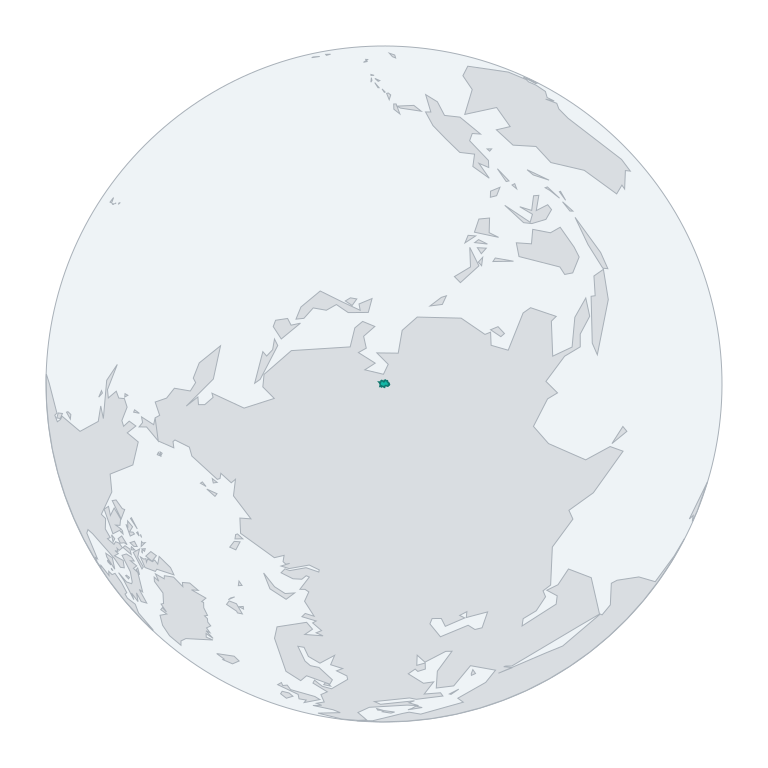 globe centered on Beijing, rotated 228°
{"feature_id": "CHN-1155", "entity_name": "Beijing", "entity_type": "Municipality", "adm_level": 1, "iso_a3": "CHN", "parent_name": "China", "parent_adm1": "", "projection": "orthographic", "projection_center": [116.383, 40.244], "detail": "medium", "context": "on_globe", "style": "filled", "palette": "teal", "viewbox_px": 768, "rotation_deg": 228, "n_neighbors": 0, "source": "natural_earth", "source_scale": "10m", "svg_char_len": 13064}
<svg xmlns="http://www.w3.org/2000/svg" viewBox="0 0 768 768"><g transform="rotate(228 384 384)"><circle cx="384" cy="384" r="338" fill="#eef3f6" stroke="#a8b0b8"/><path d="M674.9,548.6L674.5,550.0L674.2,550.5L674.9,548.6ZM614.9,137.3L617.3,139.7L608.9,135.9L581.2,121.4L581.1,118.5L574.5,116.0L574.1,119.9L575.5,123.2L552.2,126.4L547.4,146.6L557.2,158.8L546.1,152.3L572.3,180.4L577.0,198.9L564.8,174.7L558.1,169.8L557.8,180.2L551.0,177.5L546.9,181.3L538.7,177.6L532.2,164.7L526.8,162.2L526.9,169.8L518.8,171.5L519.5,160.5L505.4,162.6L491.9,143.2L500.3,120.2L485.9,109.5L476.3,86.8L470.3,87.1L462.8,79.9L453.1,77.8L454.1,75.0L445.5,76.0L446.4,79.0L443.0,80.7L437.3,80.0L437.6,75.9L440.5,75.7L437.6,74.2L440.2,72.6L435.7,73.1L436.7,68.8L427.4,72.1L421.2,68.0L424.1,65.5L434.7,66.9L467.7,67.3L473.9,66.6L472.1,63.4L445.8,54.1L448.1,53.5L443.4,51.7L437.1,51.0L438.6,52.3L425.7,51.5L429.0,54.1L424.3,54.4L423.3,57.4L411.7,55.9L401.0,53.2L401.2,51.0L396.5,50.0L386.8,51.8L378.1,48.4L356.4,47.9L355.4,47.7L370.5,46.4L394.5,46.3L397.6,46.4L421.6,48.2L445.4,51.7L468.9,56.9L491.9,63.8L514.5,72.3L536.3,82.3L557.4,93.9L577.6,107.0L596.8,121.5L614.9,137.3ZM703.5,307.8L700.8,302.7L702.5,302.1L703.5,307.8ZM699.0,302.2L700.0,303.3L699.2,302.9L699.0,302.2ZM698.4,303.5L698.8,302.6L698.6,304.3L698.4,303.5ZM697.8,306.2L698.0,304.5L698.1,305.0L697.8,306.2ZM695.9,308.5L695.3,308.9L695.3,306.7L695.9,308.5ZM577.3,125.3L574.9,120.4L577.7,118.2L580.5,122.5L577.3,125.3ZM570.9,130.9L567.8,127.4L575.5,129.2L574.9,130.6L570.9,130.9ZM565.7,168.7L565.1,163.2L568.1,169.6L565.7,168.7ZM547.8,182.6L550.1,185.1L547.0,186.1L547.8,182.6ZM429.7,58.1L426.6,57.7L428.4,57.4L429.7,58.1ZM432.2,59.9L436.6,59.8L438.4,60.7L435.7,60.7L432.2,59.9ZM531.7,181.4L525.9,182.6L530.6,179.1L531.7,181.4ZM426.5,60.0L441.1,62.3L444.3,64.0L436.6,65.8L426.5,60.0ZM521.8,181.8L507.9,185.6L512.0,191.3L492.7,178.1L510.9,178.8L516.0,173.3L516.9,178.8L521.8,181.8ZM449.2,80.4L447.9,77.0L454.2,80.6L449.2,80.4ZM454.1,82.3L478.3,92.3L477.4,97.4L469.4,92.7L472.4,100.5L460.0,98.0L455.6,93.2L458.7,90.2L451.6,91.7L454.1,82.3ZM484.2,170.6L479.9,169.9L483.2,168.2L484.2,170.6ZM442.1,81.6L447.0,82.9L446.6,87.4L436.5,85.6L439.9,84.7L442.1,81.6ZM479.2,104.0L477.1,107.3L466.5,106.1L464.2,107.3L459.6,98.4L479.2,104.0ZM437.1,83.3L431.4,84.7L426.5,82.1L437.2,80.7L437.1,83.3ZM450.7,89.4L450.0,91.5L447.1,89.7L450.7,89.4ZM405.8,74.7L411.8,75.6L412.1,77.9L405.8,74.7ZM429.6,85.4L431.3,86.3L432.1,87.4L427.4,87.8L429.6,85.4ZM452.5,98.4L448.5,97.4L453.8,101.9L446.1,101.6L444.4,95.9L441.9,98.3L439.5,98.2L440.8,93.7L452.5,98.4ZM425.0,91.9L420.2,85.2L409.1,82.7L408.5,80.4L426.6,85.0L425.0,91.9ZM434.2,93.3L428.4,91.8L430.6,89.5L436.0,89.1L434.2,93.3ZM441.4,103.7L453.7,105.6L453.7,106.8L441.4,103.7ZM421.3,91.5L422.6,93.2L420.3,91.6L421.3,91.5ZM434.8,100.3L439.1,100.7L438.9,102.1L434.8,100.3ZM421.4,96.4L419.9,94.1L423.5,93.6L421.4,96.4ZM427.2,98.5L425.9,100.4L425.7,94.8L429.2,98.4L427.2,98.5ZM433.9,101.6L435.2,102.5L432.1,101.2L433.9,101.6ZM408.7,100.0L407.6,93.1L415.5,91.8L415.5,98.6L408.7,100.0ZM151.5,138.8L152.3,138.6L141.4,150.1L126.9,177.1L123.3,183.1L114.1,190.4L94.5,230.0L101.1,228.6L94.2,259.9L96.7,275.4L116.8,259.8L113.0,233.8L123.1,219.4L134.9,231.5L139.9,255.7L144.0,251.0L149.9,228.3L160.3,227.2L153.0,220.1L149.1,227.9L144.5,224.0L147.8,216.8L151.3,216.4L152.4,208.1L135.2,213.1L129.4,221.6L126.7,206.4L116.7,219.4L112.7,219.0L128.0,197.1L133.6,192.9L154.4,164.4L148.3,167.1L128.2,194.7L130.4,189.2L121.9,194.5L130.0,186.2L153.6,156.7L157.3,144.8L145.9,146.3L151.4,139.6L163.3,128.4L183.6,114.7L169.0,131.6L176.0,128.2L192.7,116.1L186.9,122.7L191.9,120.2L187.7,126.8L195.4,129.3L193.2,135.9L209.3,131.1L210.4,134.2L200.6,135.9L192.6,141.1L188.8,159.3L191.9,161.1L202.6,156.8L200.2,162.9L211.1,156.5L215.4,165.8L219.4,149.6L232.1,145.5L241.8,148.4L246.7,144.5L231.0,139.9L224.0,140.8L216.9,146.0L198.7,147.7L197.2,142.9L219.0,131.2L219.3,123.6L236.1,118.9L268.3,132.5L275.1,142.0L258.7,167.0L249.6,166.8L250.9,157.5L237.6,170.2L244.5,167.1L242.5,172.6L254.2,171.1L253.3,175.0L266.0,167.3L266.2,171.9L258.2,176.7L275.7,179.6L279.8,189.0L284.2,187.9L287.7,184.1L290.5,199.3L293.6,197.9L293.9,192.3L300.2,186.0L312.6,181.2L312.9,186.7L308.4,189.1L299.6,203.2L287.9,209.7L289.2,211.5L299.5,207.3L310.3,190.0L317.6,185.7L313.8,193.9L315.8,190.5L319.5,190.1L323.5,195.1L328.3,186.3L369.0,177.5L380.8,187.2L372.8,194.9L401.6,197.3L412.6,209.9L412.8,204.4L426.8,203.0L423.5,198.9L424.7,196.3L459.0,193.0L467.3,197.1L482.3,191.2L482.4,188.7L477.2,185.1L492.7,178.1L512.0,191.3L510.8,196.3L523.7,201.9L519.0,213.0L521.1,225.4L508.4,235.4L511.1,245.0L516.0,246.2L523.3,260.8L521.8,288.1L501.9,260.5L499.9,222.3L498.9,237.0L492.8,232.3L488.6,237.0L488.4,248.0L492.3,250.0L459.7,263.9L446.7,292.8L462.9,292.0L471.4,301.3L470.8,337.5L434.2,383.7L445.2,399.9L444.8,410.0L432.9,415.7L433.1,400.8L422.5,394.8L424.5,386.0L405.4,391.4L407.4,379.2L391.6,390.1L395.8,400.3L411.9,399.5L397.4,415.2L411.7,433.4L411.5,453.5L381.3,485.4L353.3,492.2L351.2,497.9L341.1,489.5L326.0,498.9L343.7,534.9L342.6,544.0L319.0,557.2L318.7,550.4L291.8,528.0L285.6,548.5L305.9,570.5L312.9,591.5L296.7,582.2L289.8,563.2L280.3,554.7L283.8,536.8L277.6,506.1L261.3,507.0L263.5,495.6L252.5,466.7L229.6,466.4L192.7,483.1L186.2,510.2L174.1,516.7L163.1,466.8L166.4,436.9L157.2,434.0L150.2,400.0L123.1,373.3L123.9,363.8L117.8,361.7L113.6,345.4L116.5,330.4L111.8,324.7L105.2,364.6L110.7,371.0L121.8,367.0L118.4,379.0L123.1,397.3L101.4,408.4L68.8,390.2L73.4,368.1L88.9,290.3L92.8,285.9L93.2,285.2L93.8,283.8L87.3,289.7L92.5,275.5L75.9,324.2L69.7,341.5L68.3,390.8L66.5,391.6L68.4,404.4L83.8,419.6L82.2,425.9L70.1,444.3L55.6,453.3L62.0,484.4L68.0,503.6L60.0,480.1L53.9,456.1L49.5,431.7L46.9,407.1L46.1,382.3L47.1,357.5L50.0,332.9L54.6,308.6L61.0,284.6L69.2,261.2L79.0,238.5L90.5,216.5L103.6,195.4L118.2,175.4L134.2,156.5L151.5,138.8ZM137.2,293.8L145.3,308.5L155.4,288.9L159.4,293.3L161.4,285.4L156.1,287.5L162.9,267.4L171.4,269.7L177.5,262.8L175.0,257.6L158.4,256.8L148.4,285.1L140.7,287.3L137.2,293.8ZM362.1,46.8L355.7,47.5L358.1,47.1L355.1,47.3L362.1,46.8ZM385.8,46.1L387.4,46.1L386.1,46.1L383.9,46.1L385.8,46.1ZM223.8,102.7L217.9,106.7L212.9,107.4L215.8,101.2L223.0,99.9L223.8,102.7ZM210.8,112.5L231.7,103.8L230.8,108.0L227.7,107.0L225.0,110.6L219.4,110.1L198.1,123.5L192.4,125.2L200.7,111.5L201.2,114.7L206.9,110.2L210.8,112.5ZM286.6,81.1L295.6,79.3L282.0,90.5L275.1,91.0L277.4,84.2L287.0,79.8L286.6,81.1ZM410.1,63.8L414.4,63.7L414.3,64.7L410.6,65.4L410.1,63.8ZM408.6,74.9L391.0,65.5L395.1,64.7L379.9,61.1L384.8,58.0L394.4,60.3L386.8,55.6L397.5,56.5L391.1,53.8L412.1,59.3L421.4,60.5L409.2,60.2L404.5,62.8L405.3,64.4L414.3,69.9L432.0,74.7L430.1,78.8L424.2,80.5L419.6,79.9L422.3,77.3L414.3,78.5L414.7,74.4L408.6,74.9ZM354.9,107.9L359.9,103.2L344.0,108.4L344.3,102.9L342.4,103.8L338.3,100.3L330.1,98.0L331.8,95.5L327.8,95.8L325.0,93.7L320.2,93.4L321.5,88.9L315.7,88.3L319.7,86.6L309.3,86.8L317.6,84.8L314.8,82.5L308.2,85.6L327.4,66.4L328.9,61.2L325.7,58.3L340.4,56.2L352.8,58.0L362.0,62.8L358.4,68.7L365.7,67.1L366.1,69.6L360.2,69.8L369.6,71.1L368.4,73.3L376.6,79.9L390.9,81.3L394.3,84.0L388.1,84.7L395.8,87.1L386.3,90.3L388.5,92.5L381.3,98.4L368.0,98.9L371.4,101.4L366.1,106.4L354.9,107.9ZM406.3,101.5L390.4,102.5L382.7,100.2L398.4,91.2L397.7,88.7L407.5,83.6L418.5,87.3L414.7,88.3L413.5,90.2L410.6,88.3L412.1,91.3L406.9,93.0L406.6,95.8L401.5,95.3L406.3,101.5ZM125.9,183.8L124.3,187.4L123.3,192.1L118.0,195.9L125.9,183.8ZM141.6,163.4L141.1,165.6L133.1,172.4L134.8,168.9L141.6,163.4ZM147.7,161.4L141.7,165.2L145.9,161.1L147.7,161.4ZM200.9,138.0L201.2,140.4L198.6,142.0L195.2,142.2L200.9,138.0ZM307.9,124.9L312.0,121.9L313.7,122.5L325.6,119.5L326.4,123.8L319.5,127.3L307.9,124.9ZM112.3,258.9L107.6,258.3L109.0,254.0L110.3,255.0L112.3,258.9ZM109.9,225.2L107.2,235.4L108.5,226.1L109.9,225.2ZM310.7,129.0L315.5,127.2L312.9,130.5L310.7,129.0ZM327.6,126.9L325.7,130.6L327.9,124.0L327.6,126.9ZM80.0,531.6L75.5,521.0L79.4,525.8L79.4,520.6L86.3,537.7L94.8,558.8L80.0,531.6ZM399.0,641.9L409.5,643.0L409.1,644.1L399.0,641.9ZM388.1,637.9L400.0,638.6L386.1,640.1L388.1,637.9ZM404.6,638.8L416.8,636.8L422.0,635.1L421.1,637.3L404.6,638.8ZM380.0,637.5L336.8,633.0L319.9,627.5L323.7,624.1L351.1,628.9L380.0,637.5ZM322.4,623.8L296.7,607.2L263.0,562.1L275.0,566.1L310.6,596.6L308.3,600.0L323.8,612.3L322.4,623.8ZM385.0,608.9L382.6,619.8L358.6,616.9L347.8,614.0L340.3,598.6L344.5,591.6L353.3,593.0L388.4,569.6L400.4,576.8L389.5,587.4L399.4,598.0L385.0,608.9ZM187.2,513.5L192.6,533.1L186.3,532.8L187.2,513.5ZM403.2,551.0L388.6,562.4L402.1,546.9L403.2,551.0ZM411.5,535.7L412.1,542.1L406.6,535.7L411.5,535.7ZM350.3,507.1L340.9,507.3L341.0,502.5L353.0,499.5L350.3,507.1ZM411.2,470.4L410.0,484.6L407.8,489.4L404.1,480.6L411.2,470.4ZM324.1,168.1L306.6,167.0L294.5,170.3L288.5,177.8L289.5,167.2L308.1,162.2L324.1,168.1ZM363.4,175.5L368.6,169.6L371.4,173.0L370.6,174.8L363.4,175.5ZM363.0,171.4L359.9,162.9L366.0,160.2L367.3,167.4L363.0,171.4ZM334.6,144.4L329.3,143.7L331.6,140.8L334.6,144.4ZM505.2,699.2L505.7,697.8L519.0,692.9L512.8,696.2L505.2,699.2ZM458.3,698.6L391.9,710.8L377.4,709.5L381.1,706.2L367.9,693.3L372.6,693.9L369.6,684.1L408.8,675.8L436.9,656.2L458.8,655.9L475.2,639.7L497.7,637.6L490.9,650.0L514.1,652.7L530.3,624.4L543.8,646.6L560.3,648.9L564.1,658.9L532.6,685.1L515.0,693.4L511.8,693.6L504.5,696.9L493.4,699.7L487.7,696.9L480.4,699.9L487.6,694.7L477.0,700.2L471.4,698.0L458.3,698.6ZM618.5,610.8L621.6,609.3L626.3,609.3L621.3,612.1L618.5,610.8ZM666.8,561.1L668.0,561.2L664.8,565.0L666.8,561.1ZM674.2,550.5L670.4,555.4L674.9,548.6L674.2,550.5ZM636.0,587.2L637.5,587.6L636.1,589.0L636.0,587.2ZM634.7,587.6L636.8,584.0L636.4,586.5L634.7,587.6ZM620.0,583.2L622.0,580.8L622.8,581.4L620.0,583.2ZM425.0,643.1L439.5,634.8L447.5,633.7L425.0,643.1ZM617.2,581.7L612.3,583.9L612.8,582.2L617.2,581.7ZM617.6,578.1L617.1,576.2L620.1,579.6L617.6,578.1ZM608.2,577.8L614.2,578.8L607.5,578.6L608.2,577.8ZM604.6,580.0L600.2,580.2L600.5,579.4L604.6,580.0ZM554.8,600.8L571.2,608.6L558.0,612.5L543.1,608.7L531.5,619.0L505.1,623.0L511.1,617.2L507.5,610.4L480.3,611.2L474.8,606.7L484.5,602.2L466.5,599.9L486.2,595.6L494.2,605.1L505.4,595.3L524.6,594.0L543.3,593.3L558.4,596.9L554.8,600.8ZM486.3,618.3L489.7,617.9L486.7,621.3L486.3,618.3ZM591.8,578.1L598.2,580.4L597.4,581.9L594.3,582.4L591.8,578.1ZM561.8,594.2L578.1,580.8L581.8,579.6L571.1,592.6L561.8,594.2ZM574.1,576.5L581.6,575.2L585.6,578.6L584.0,580.4L574.1,576.5ZM446.2,612.3L445.4,615.2L440.3,613.2L446.2,612.3ZM452.7,610.3L468.1,612.3L451.3,612.8L452.7,610.3ZM406.4,600.8L410.8,607.9L424.9,603.5L414.2,609.9L423.8,621.1L420.6,625.3L411.0,613.2L407.7,625.6L401.5,625.2L398.0,614.5L404.3,601.2L410.5,595.7L436.0,593.3L406.4,600.8ZM452.6,601.8L448.6,593.7L451.6,588.0L456.0,592.2L452.6,601.8ZM436.7,573.5L426.1,563.4L416.3,567.3L436.3,552.8L443.1,564.9L436.7,573.5ZM428.0,550.9L418.8,554.5L428.4,546.0L428.0,550.9ZM416.5,550.9L415.7,543.5L422.8,544.6L416.5,550.9ZM432.7,551.2L434.7,538.6L438.2,546.0L432.7,551.2ZM413.1,526.6L428.2,539.2L408.3,533.6L408.2,508.6L416.7,508.2L413.1,526.6ZM465.4,420.7L463.7,412.9L471.6,410.8L470.5,416.7L465.4,420.7ZM495.8,398.8L473.2,407.8L454.7,415.6L460.2,419.0L455.5,432.3L447.7,420.2L461.0,405.2L474.9,401.8L477.4,390.5L487.9,382.3L486.4,368.4L491.1,362.0L496.8,373.8L495.8,398.8ZM485.1,362.6L486.2,337.8L500.8,340.1L503.9,346.1L497.2,356.2L489.9,354.3L485.1,362.6ZM490.7,332.7L483.7,330.8L470.3,295.1L471.1,288.4L489.1,315.6L483.3,315.5L484.0,324.2L490.7,332.7ZM481.0,172.8L480.0,170.1L483.4,172.2L481.0,172.8ZM422.5,194.2L424.7,190.9L428.6,193.1L422.5,194.2ZM432.8,183.5L426.9,183.2L433.1,181.2L432.8,183.5ZM413.6,183.2L424.5,182.0L414.2,186.5L413.6,183.2Z" fill="#d9dde1" stroke="#a8b0b8" stroke-width="1"/><path d="M388.4,383.9L388.4,384.1L388.4,384.3L388.3,384.5L388.2,384.7L388.1,384.8L387.1,385.0L386.7,385.2L386.0,385.2L385.9,385.2L385.7,385.3L385.6,385.6L385.8,386.0L386.1,386.3L386.3,386.4L386.5,386.6L386.4,386.8L386.2,387.1L386.2,387.3L386.0,387.7L385.9,387.8L385.3,387.8L385.0,387.7L384.8,387.8L384.7,388.0L384.3,388.2L384.2,388.3L384.3,388.5L384.2,388.7L383.7,388.6L383.4,388.4L383.3,388.2L383.2,388.0L383.1,387.9L382.8,388.0L382.6,388.0L382.3,388.1L382.0,387.9L381.8,388.0L381.7,388.0L381.4,388.1L381.3,388.3L381.1,388.3L380.8,388.1L380.8,387.9L380.7,387.8L380.3,387.8L380.2,387.8L379.9,387.7L379.7,386.9L379.9,386.7L380.1,386.7L380.3,386.6L380.2,386.5L380.0,386.4L380.0,385.9L379.8,385.8L379.7,385.6L379.9,385.3L380.1,385.1L380.4,384.9L381.6,384.5L381.7,384.4L381.8,384.1L382.0,383.9L382.0,383.7L381.8,383.4L381.1,382.2L381.8,381.8L382.3,381.9L382.5,381.9L382.9,381.6L383.2,381.0L383.3,380.9L383.6,381.1L383.9,380.9L384.1,380.9L384.3,381.0L384.4,380.9L383.9,380.1L384.1,380.1L384.3,380.1L384.4,379.9L384.5,379.8L384.9,379.6L385.0,379.4L385.2,379.7L385.3,379.9L385.5,380.1L386.4,381.0L386.6,381.2L387.1,381.5L387.3,381.4L387.5,381.3L388.1,381.5L388.7,381.5L388.9,381.5L388.7,381.7L388.6,381.9L388.2,381.9L388.0,382.0L387.9,382.1L387.6,382.3L387.6,382.5L387.8,382.8L387.8,383.1L387.9,383.4L388.1,383.7L388.3,383.8L388.4,383.9Z" fill="#14b8a6" stroke="#0f766e" stroke-width="1.5"/></g></svg>